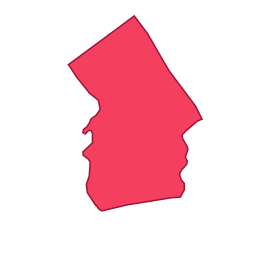 Kutum, North Darfur, Sudan (Robinson projection), rotated 323°
{"feature_id": "16777658B71410798895125", "entity_name": "Kutum", "entity_type": "district", "adm_level": 2, "iso_a3": "SDN", "parent_name": "Sudan", "parent_adm1": "North Darfur", "projection": "robinson", "projection_center": [24.615, 14.495], "detail": "fine", "context": "isolated", "style": "filled", "palette": "rose", "viewbox_px": 256, "rotation_deg": 323, "n_neighbors": 0, "source": "geoboundaries", "source_scale": "gbopen_adm2", "svg_char_len": 923}
<svg xmlns="http://www.w3.org/2000/svg" viewBox="0 0 256 256"><g transform="rotate(323 128 128)"><path d="M192.5,165.5L195.1,151.0L195.2,128.0L195.2,113.4L195.3,106.8L196.6,95.3L200.4,64.5L200.4,42.6L200.4,42.2L180.8,42.1L155.7,41.9L139.8,41.7L135.8,41.7L118.5,41.5L118.6,41.9L117.6,56.6L118.2,76.9L121.0,88.1L117.0,96.3L110.6,98.6L104.0,98.5L100.0,100.8L95.9,102.3L91.8,102.3L89.2,104.4L90.2,107.0L94.8,106.3L97.1,107.8L96.2,111.1L93.0,115.3L90.8,118.4L83.4,119.3L77.6,119.9L75.8,123.0L77.6,129.0L77.3,132.4L68.0,143.2L60.9,147.9L56.6,155.2L55.6,170.4L56.1,170.7L55.9,175.2L57.3,178.5L68.1,183.2L81.9,189.3L85.1,191.0L120.3,209.6L127.8,214.5L128.7,214.5L136.0,211.1L139.5,206.3L139.4,201.1L141.2,196.0L145.1,193.9L153.1,192.3L155.6,189.8L156.3,185.7L161.0,182.5L163.1,181.0L164.1,178.4L165.3,169.1L167.1,166.1L172.7,165.1L182.1,164.6L187.2,164.2L192.5,165.5Z" fill="#f43f5e" stroke="#9f1239" stroke-width="1.5"/></g></svg>